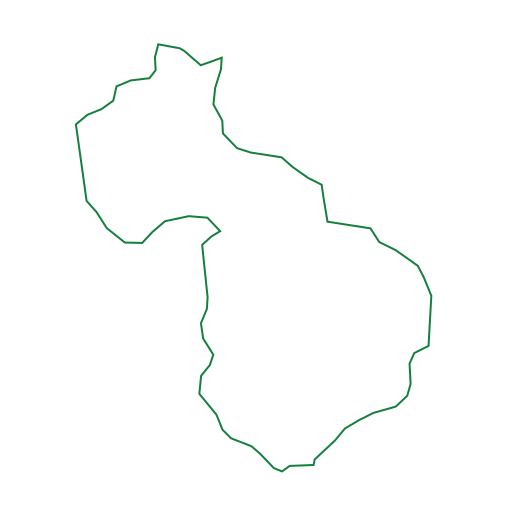 Icheon-si, Gyeonggi, South Korea (Robinson projection), rotated 177°
{"feature_id": "91817680B6202152929023", "entity_name": "Icheon-si", "entity_type": "district", "adm_level": 2, "iso_a3": "KOR", "parent_name": "South Korea", "parent_adm1": "Gyeonggi", "projection": "robinson", "projection_center": [127.497, 37.193], "detail": "fine", "context": "isolated", "style": "outline", "palette": "green", "viewbox_px": 512, "rotation_deg": 177, "n_neighbors": 0, "source": "geoboundaries", "source_scale": "gbopen_adm2", "svg_char_len": 1070}
<svg xmlns="http://www.w3.org/2000/svg" viewBox="0 0 512 512"><g transform="rotate(177 256 256)"><path d="M88.4,157.2L83.0,207.1L89.7,226.3L95.0,237.8L116.2,254.5L132.2,263.5L140.2,277.6L182.8,286.5L185.4,309.6L186.7,323.7L193.8,327.8L200.1,331.4L214.7,342.9L225.3,353.2L255.9,359.6L269.3,364.7L282.6,380.1L282.6,393.0L290.6,409.6L287.9,426.3L281.2,444.3L279.9,455.8L287.9,453.3L301.2,449.4L317.2,464.8L321.2,467.4L342.5,472.5L346.5,459.7L346.5,446.8L353.1,439.1L371.8,437.9L386.4,432.7L390.4,418.6L402.4,410.9L417.0,405.8L429.0,396.8L427.6,381.4L422.3,319.9L413.0,308.3L403.6,291.7L386.3,276.3L369.0,275.0L358.4,285.2L345.1,295.5L321.1,299.3L302.5,296.8L290.5,282.7L299.9,277.6L309.2,269.9L306.5,217.3L307.8,205.8L314.5,191.7L313.1,176.4L303.8,159.7L307.8,149.5L317.1,139.2L319.8,121.3L303.8,99.6L298.5,84.2L290.5,75.3L270.6,66.3L262.6,58.7L249.3,43.3L241.3,39.5L233.4,44.6L209.4,44.3L208.1,49.7L186.8,67.6L176.2,79.1L161.5,86.8L146.9,93.2L124.3,98.3L112.3,108.5L108.3,120.1L108.3,140.5L103.0,150.8L88.4,157.2Z" fill="none" stroke="#15803d" stroke-width="2"/></g></svg>